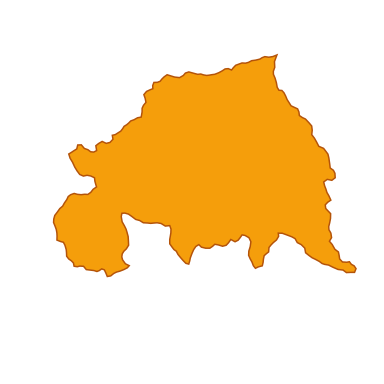 outline of Luminárias, Minas Gerais, Brazil, rotated 165°
{"feature_id": "56859067B9784964595296", "entity_name": "Luminárias", "entity_type": "district", "adm_level": 2, "iso_a3": "BRA", "parent_name": "Brazil", "parent_adm1": "Minas Gerais", "projection": "robinson", "projection_center": [-44.912, -21.523], "detail": "fine", "context": "isolated", "style": "filled", "palette": "amber", "viewbox_px": 384, "rotation_deg": 165, "n_neighbors": 0, "source": "geoboundaries", "source_scale": "gbopen_adm2", "svg_char_len": 3839}
<svg xmlns="http://www.w3.org/2000/svg" viewBox="0 0 384 384"><g transform="rotate(165 192 192)"><path d="M50.0,168.7L49.1,173.1L49.8,176.4L52.3,179.4L51.7,183.6L51.0,189.5L50.9,193.4L52.2,196.7L53.6,200.1L57.7,203.3L58.7,207.9L59.8,212.2L61.5,216.4L59.9,220.5L59.3,224.8L61.0,228.4L63.5,233.1L66.2,235.4L68.5,238.1L68.0,241.6L68.5,245.0L70.8,246.9L74.0,249.6L75.3,253.8L76.2,256.6L76.7,260.4L77.5,264.1L78.9,266.8L81.7,267.8L82.6,271.1L82.2,275.8L82.3,280.5L82.9,284.6L82.2,287.5L79.8,291.0L78.6,296.6L74.5,302.4L78.8,301.9L82.9,302.3L86.6,303.9L89.5,303.6L92.1,302.8L96.5,302.9L100.4,303.4L103.9,302.6L107.0,302.6L110.3,303.7L113.7,303.4L117.0,303.1L119.7,301.5L122.2,299.6L125.1,301.8L128.2,302.3L131.1,301.3L135.2,300.3L139.5,299.8L142.5,300.2L145.1,300.4L147.7,300.8L150.5,302.1L153.0,303.7L156.1,304.2L159.9,306.4L164.0,308.8L167.6,308.6L170.2,306.8L174.4,305.7L179.0,307.5L182.2,309.5L185.7,311.7L189.2,310.4L192.0,308.8L194.1,307.2L197.1,306.9L200.4,307.7L202.4,305.0L203.1,301.9L206.0,301.6L209.9,300.9L213.3,298.5L213.0,294.5L213.3,290.5L216.4,288.3L218.5,285.8L219.5,282.2L221.7,277.5L225.4,277.8L229.3,276.8L232.8,276.5L235.3,275.0L237.6,273.9L240.6,273.0L242.6,271.1L245.1,269.2L248.4,268.2L251.2,267.3L254.3,267.4L254.7,263.4L258.4,261.1L262.3,261.2L265.7,264.1L269.7,263.0L272.9,261.6L273.4,256.7L276.6,256.0L279.5,257.1L281.6,259.8L284.7,261.9L286.7,266.2L290.2,267.0L292.2,263.4L294.9,262.6L298.2,261.5L301.2,260.6L301.0,256.1L299.7,251.7L298.8,246.4L297.5,242.0L295.9,238.0L292.8,235.5L289.0,235.3L285.7,233.7L282.5,231.0L283.0,227.5L283.0,224.5L282.9,221.6L286.8,220.2L289.8,217.9L293.2,216.6L296.3,217.6L299.8,218.1L303.3,219.4L306.2,221.1L309.9,220.8L312.7,219.7L314.9,217.1L318.2,214.3L320.6,211.8L324.0,210.2L327.1,207.6L330.6,204.9L332.5,201.7L333.6,198.4L333.1,194.4L332.8,191.0L333.1,187.4L333.8,184.2L334.9,180.5L331.8,178.2L329.2,176.7L328.5,173.4L328.4,168.9L329.0,165.5L329.7,162.4L328.4,159.2L326.3,156.7L324.9,154.2L325.1,150.8L322.1,149.5L319.6,149.5L316.0,148.3L314.2,144.4L310.2,142.8L307.0,141.5L304.4,139.8L301.9,140.1L299.1,141.1L296.8,139.5L296.1,135.6L295.7,132.3L292.2,132.0L288.6,133.6L285.6,134.2L282.3,134.2L277.9,134.7L274.1,135.5L271.7,137.1L274.9,139.9L276.6,144.4L276.6,147.5L275.4,150.3L273.2,152.4L270.1,154.1L267.0,157.0L266.1,161.1L265.2,165.5L265.2,169.9L265.3,173.1L266.0,176.7L267.2,181.3L266.7,186.6L265.2,189.6L262.3,189.0L259.1,187.1L256.5,184.0L253.5,180.1L249.9,178.0L247.0,174.9L242.8,173.5L240.0,172.4L237.5,172.0L233.7,171.3L230.0,169.6L226.6,166.0L222.2,165.3L221.9,161.6L223.0,158.0L224.4,154.9L225.8,151.9L226.9,147.7L225.5,143.9L224.3,141.0L222.5,138.9L221.7,135.3L220.0,131.5L218.2,127.9L216.4,124.7L213.8,123.2L212.0,126.1L210.8,128.6L207.9,132.7L205.3,135.9L202.4,138.4L199.0,139.4L197.2,136.3L193.4,134.2L189.3,133.1L186.2,134.2L183.5,135.6L180.3,134.1L176.5,131.7L172.8,131.7L169.9,133.5L166.8,136.1L163.3,132.8L159.9,133.5L157.5,135.3L154.7,137.6L152.0,136.3L148.8,133.1L148.0,128.7L149.9,124.2L152.4,120.2L153.7,116.2L153.1,112.4L152.2,108.8L151.8,104.9L150.5,101.9L147.2,102.5L143.2,102.5L141.5,105.7L140.4,108.6L138.8,111.8L136.3,113.1L133.5,114.3L132.0,118.5L129.2,120.5L126.5,122.1L122.8,123.8L119.8,126.8L119.3,129.9L115.5,128.8L112.5,126.7L110.1,125.0L107.2,122.9L104.5,120.3L103.4,115.9L100.1,112.9L97.6,108.6L98.0,103.9L95.5,100.5L93.0,97.4L90.3,95.1L87.0,92.0L84.9,89.3L82.7,87.8L79.0,86.1L75.4,82.9L71.0,79.4L66.3,77.5L63.7,74.2L59.6,73.3L55.8,72.3L53.4,75.5L54.5,78.7L56.8,80.9L58.0,83.9L60.7,84.1L64.8,85.5L66.7,89.1L66.3,92.7L66.1,96.2L68.8,99.7L70.2,105.1L72.0,108.9L69.0,111.8L68.5,116.3L69.5,120.1L68.9,123.2L67.1,126.4L65.1,130.5L63.7,135.2L65.5,138.5L67.1,141.5L66.6,145.1L63.5,147.0L60.0,148.2L60.8,153.0L61.8,156.7L61.9,160.1L62.3,163.7L62.2,167.6L58.1,169.2L53.9,167.1L50.0,168.7Z" fill="#f59e0b" stroke="#b45309" stroke-width="1.5"/></g></svg>